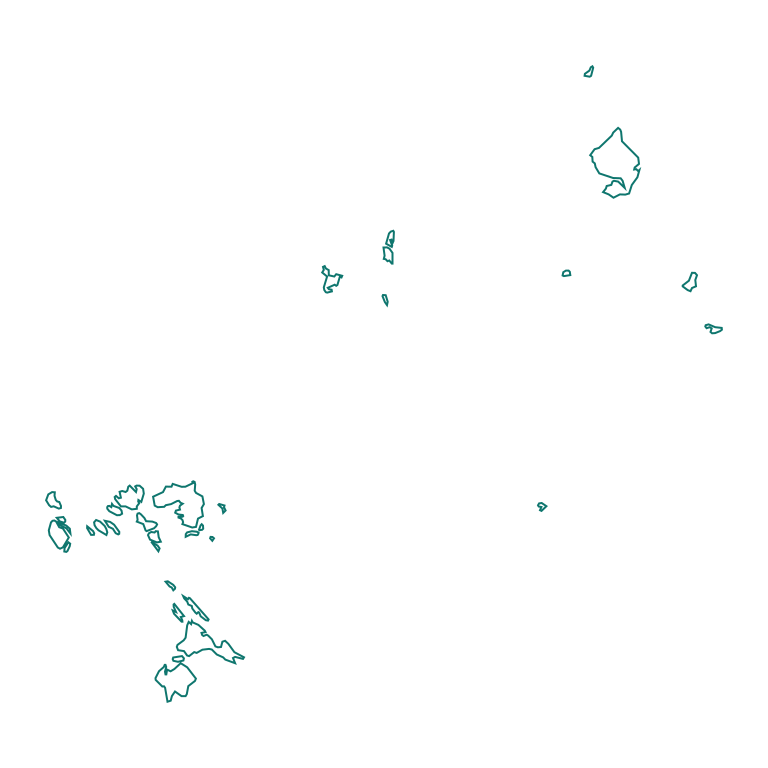 the Province of Kepulauan Riau
{"feature_id": "IDN-1796", "entity_name": "Kepulauan Riau", "entity_type": "Province", "adm_level": 1, "iso_a3": "IDN", "parent_name": "Indonesia", "parent_adm1": "", "projection": "albers", "projection_center": [105.285, 2.055], "detail": "fine", "context": "isolated", "style": "outline", "palette": "teal", "viewbox_px": 768, "rotation_deg": 0, "n_neighbors": 0, "source": "natural_earth", "source_scale": "10m", "svg_char_len": 6077}
<svg xmlns="http://www.w3.org/2000/svg" viewBox="0 0 768 768"><path d="M638.2,171.1L639.4,170.0L637.4,177.3L631.8,185.0L629.1,193.5L625.3,194.6L619.9,194.4L613.5,197.7L608.7,194.4L603.1,192.1L605.9,188.6L606.7,186.0L611.3,184.9L612.5,181.6L613.9,180.8L618.2,181.6L624.7,187.9L622.6,180.8L620.7,178.3L613.1,178.0L599.3,173.4L595.6,167.2L594.8,163.4L592.6,161.6L592.3,156.9L590.2,155.2L594.6,149.2L599.0,147.9L611.8,135.6L613.2,132.6L618.1,127.9L620.2,129.6L621.1,131.8L622.0,141.3L638.2,157.6L639.0,163.9L634.7,167.5L634.2,169.5L636.3,169.2L638.2,171.1ZM202.4,496.4L203.9,504.1L201.6,508.0L202.9,516.1L198.0,518.6L196.0,526.9L192.2,527.5L182.4,524.1L183.1,522.2L182.5,520.1L180.8,518.4L178.5,517.6L178.5,516.8L182.6,516.7L183.2,516.1L182.8,515.0L178.5,514.5L175.2,512.7L175.9,510.6L180.0,509.6L179.4,507.4L180.0,505.6L182.7,503.7L180.6,502.8L178.9,500.8L177.2,501.0L171.1,504.1L165.8,505.2L164.2,506.8L157.7,507.2L154.7,505.6L153.1,496.7L163.0,492.1L165.9,486.6L171.5,486.7L172.7,483.9L181.6,486.8L185.4,486.7L192.8,483.2L192.3,481.9L193.2,481.3L194.6,481.9L195.2,484.4L194.7,490.7L196.0,492.9L202.4,496.4ZM234.4,652.2L244.0,657.3L243.0,658.9L235.1,656.9L233.0,658.0L235.1,663.2L225.3,659.6L223.2,657.4L216.8,654.5L211.8,649.5L209.1,648.9L202.4,649.7L196.7,652.9L194.2,652.1L189.1,656.1L187.1,655.5L184.0,651.1L178.1,650.2L176.8,646.9L177.5,644.9L183.7,640.3L185.6,637.7L187.2,625.3L188.7,621.9L191.1,624.1L191.9,620.9L192.7,622.4L198.4,624.9L204.8,630.7L205.5,632.1L201.5,632.9L202.1,634.9L203.5,636.0L206.7,634.7L208.3,635.7L211.9,639.3L215.4,646.4L217.9,647.3L221.0,647.0L222.4,641.7L225.1,640.8L228.4,643.9L234.4,652.2ZM187.2,667.3L195.9,678.6L195.0,680.9L188.3,686.1L186.8,694.1L185.6,696.1L181.5,696.1L175.0,691.5L171.9,696.1L170.7,700.7L167.5,701.7L165.1,687.8L164.0,686.3L162.3,686.5L155.7,679.9L155.5,678.1L159.0,671.2L163.8,667.0L164.7,664.9L165.5,664.9L166.2,666.9L165.0,671.7L165.5,674.4L166.3,674.4L167.1,669.6L170.6,671.3L174.4,669.0L180.7,663.2L187.2,667.3ZM143.1,488.8L143.8,493.6L141.3,501.9L138.4,500.0L138.2,501.5L139.2,503.2L136.8,506.4L136.8,508.8L131.8,509.4L125.6,506.4L120.9,506.4L115.2,499.2L114.7,497.0L116.0,495.9L118.8,498.3L120.9,497.7L119.6,491.8L122.2,491.0L125.6,492.0L127.3,490.7L128.3,486.7L129.7,485.6L136.0,492.0L136.7,489.1L135.2,486.4L136.6,485.6L139.6,485.7L143.1,488.8ZM62.9,528.5L68.8,537.5L62.9,547.4L60.0,548.7L57.8,547.5L49.6,535.1L48.8,530.3L51.0,522.4L52.5,520.8L54.3,520.5L56.1,521.5L59.2,527.2L62.9,528.5ZM336.2,274.2L342.2,275.8L341.5,277.4L339.9,276.5L337.4,285.0L336.2,285.8L334.7,284.7L327.8,287.8L328.9,289.2L331.6,289.7L331.9,291.4L327.2,292.6L325.8,292.2L324.3,290.0L323.8,287.4L327.1,276.5L322.2,272.5L323.8,269.9L323.0,266.9L324.7,266.1L325.9,268.5L328.7,270.1L328.8,275.3L334.3,276.5L336.2,274.2ZM152.4,521.6L156.1,523.0L157.1,524.4L156.1,526.3L154.0,528.3L146.6,531.1L145.6,530.4L143.3,524.1L136.8,521.6L137.6,519.9L137.0,515.4L137.6,513.6L139.2,513.1L140.9,514.3L144.4,518.0L146.1,521.2L152.4,521.6ZM61.0,506.0L60.9,508.0L58.8,508.6L53.7,506.3L51.1,506.9L49.1,505.2L46.1,500.3L48.3,494.4L52.1,492.1L54.8,492.3L54.5,495.8L55.8,500.0L57.2,501.5L59.3,502.0L61.0,506.0ZM189.9,598.2L208.6,619.4L208.0,620.6L205.8,620.2L200.7,616.3L199.1,612.5L198.3,612.1L196.7,613.7L195.4,612.6L192.3,608.5L191.8,606.0L188.3,604.5L187.2,601.6L184.2,598.4L183.2,596.1L188.0,599.2L188.9,597.8L189.9,598.2ZM688.9,280.7L692.0,272.8L695.0,272.9L697.0,275.2L695.3,280.0L696.0,286.3L692.0,288.0L690.5,291.2L687.7,290.1L682.7,286.4L682.7,285.5L688.9,280.7ZM392.5,252.9L392.5,263.6L391.8,263.6L389.3,260.5L387.5,261.2L385.6,259.2L383.8,258.9L384.6,255.7L383.5,247.5L387.1,247.4L389.5,248.7L392.5,252.9ZM100.1,521.6L104.7,526.0L106.3,529.0L107.3,532.3L106.4,535.0L98.5,530.3L96.4,528.2L94.6,525.3L94.1,522.3L96.1,520.0L100.1,521.6ZM119.3,508.0L121.5,510.5L122.1,513.7L119.8,515.1L116.9,515.2L109.3,511.2L107.3,508.7L107.2,507.2L107.9,506.1L109.3,505.9L111.3,507.1L112.0,503.9L113.5,505.9L119.3,508.0ZM160.8,541.7L156.9,542.4L150.0,539.6L148.0,535.1L148.9,533.3L151.2,532.0L154.6,532.5L155.7,531.2L157.9,531.4L158.7,537.2L160.8,541.7ZM184.0,616.1L180.8,617.0L182.3,620.3L182.4,621.7L181.6,621.7L174.0,613.7L172.8,610.5L176.0,612.0L173.7,606.8L173.6,604.5L174.3,603.9L184.0,616.1ZM721.7,327.9L721.9,329.7L720.1,331.1L715.1,333.1L712.1,333.3L710.5,331.9L711.7,328.4L709.6,327.2L706.6,328.2L705.3,326.5L705.7,325.2L708.6,324.4L715.2,327.2L721.7,327.9ZM390.8,231.6L393.3,230.8L393.9,231.9L393.5,241.0L392.6,243.0L391.5,239.6L390.1,240.0L392.2,245.7L391.8,246.9L386.1,243.7L389.0,233.5L390.8,231.6ZM104.9,520.8L110.1,521.9L114.1,524.7L119.3,531.9L119.2,533.8L118.2,534.4L115.7,533.2L112.9,528.8L108.7,526.8L104.9,520.8ZM182.0,656.1L183.9,658.3L183.4,660.5L178.0,661.8L173.4,660.8L172.7,659.1L173.2,657.5L182.0,656.1ZM592.4,66.3L593.2,67.7L591.1,75.8L589.7,76.7L584.6,75.8L584.9,73.8L589.4,70.6L590.8,67.3L592.4,66.3ZM191.9,531.2L196.7,531.7L198.6,532.5L198.4,533.7L197.6,535.0L196.3,535.2L190.7,534.4L185.7,536.8L185.8,534.1L187.1,532.4L191.9,531.2ZM541.7,503.0L546.4,506.2L541.5,510.9L540.0,510.2L541.4,507.0L538.7,506.5L538.0,505.3L539.1,503.4L541.7,503.0ZM569.8,271.8L570.3,275.1L563.9,276.1L562.6,275.5L563.3,272.2L565.9,270.6L568.6,270.6L569.8,271.8ZM63.3,517.0L65.3,519.9L65.2,521.6L64.0,522.7L59.8,521.4L56.8,517.8L63.3,517.0ZM68.4,542.3L70.2,543.7L69.7,546.3L67.4,551.1L66.3,551.9L64.3,551.5L64.6,548.0L68.4,542.3ZM173.3,584.9L175.2,587.3L175.0,588.7L173.3,590.3L171.7,587.5L169.6,586.5L165.6,581.7L167.8,581.3L173.3,584.9ZM69.8,528.7L70.4,533.5L66.5,528.4L59.0,524.5L58.5,522.3L66.3,525.6L69.8,528.7ZM387.7,301.8L387.0,305.1L384.9,302.1L382.5,296.1L383.0,295.0L385.7,295.2L387.7,301.8ZM87.2,526.3L93.1,531.1L94.2,533.3L93.9,534.8L91.1,534.9L87.1,528.1L87.2,526.3ZM219.2,504.0L224.5,505.5L224.0,507.2L225.6,510.5L223.2,512.9L222.4,508.5L218.4,504.8L219.2,504.0ZM151.2,541.7L157.6,545.6L159.6,548.4L158.4,551.3L151.2,541.7ZM203.0,525.6L203.2,528.7L202.1,529.8L199.6,530.2L199.0,529.8L200.6,525.4L201.7,524.2L203.0,525.6ZM210.6,536.9L212.5,537.0L214.0,538.3L212.3,540.8L210.1,538.3L210.6,536.9Z" fill="none" stroke="#0f766e" stroke-width="2"/></svg>